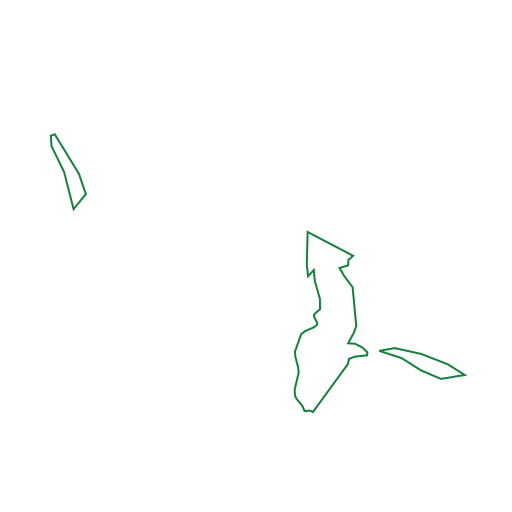 the border of Crooked Island and Long Cay, rotated 250°
{"feature_id": "BHS-5035", "entity_name": "Crooked Island and Long Cay", "entity_type": "District", "adm_level": 1, "iso_a3": "BHS", "parent_name": "The Bahamas", "parent_adm1": "", "projection": "mercator", "projection_center": [-74.169, 22.823], "detail": "fine", "context": "isolated", "style": "outline", "palette": "green", "viewbox_px": 512, "rotation_deg": 250, "n_neighbors": 0, "source": "natural_earth", "source_scale": "10m", "svg_char_len": 914}
<svg xmlns="http://www.w3.org/2000/svg" viewBox="0 0 512 512"><g transform="rotate(250 256 256)"><path d="M123.1,305.5L89.9,256.1L91.8,254.4L92.7,252.6L93.0,250.7L93.7,248.6L99.3,248.3L107.8,245.3L111.1,244.8L117.2,246.6L131.6,256.1L136.7,257.5L147.8,258.5L152.8,259.9L167.0,271.6L168.6,276.3L169.2,286.1L170.5,290.1L172.3,290.6L178.5,289.8L180.6,290.1L181.7,291.7L184.1,298.0L194.0,301.4L212.3,302.7L223.0,305.5L219.2,298.0L230.5,300.8L260.9,312.7L223.0,347.3L221.2,342.8L221.0,341.6L215.7,339.4L216.2,330.4L206.8,332.1L193.6,336.1L156.0,326.3L150.7,322.0L142.4,312.7L139.6,319.2L133.5,324.7L127.4,327.7L124.7,326.4L127.6,314.5L127.5,308.2L123.1,305.5ZM124.7,339.4L122.0,354.9L107.5,377.7L88.5,399.3L72.8,411.4L77.3,387.7L92.1,371.9L110.3,357.9L124.7,339.4ZM439.2,108.5L393.8,117.7L372.4,117.3L362.4,100.6L400.6,104.4L429.2,101.4L439.2,104.4L439.2,108.5Z" fill="none" stroke="#15803d" stroke-width="2"/></g></svg>